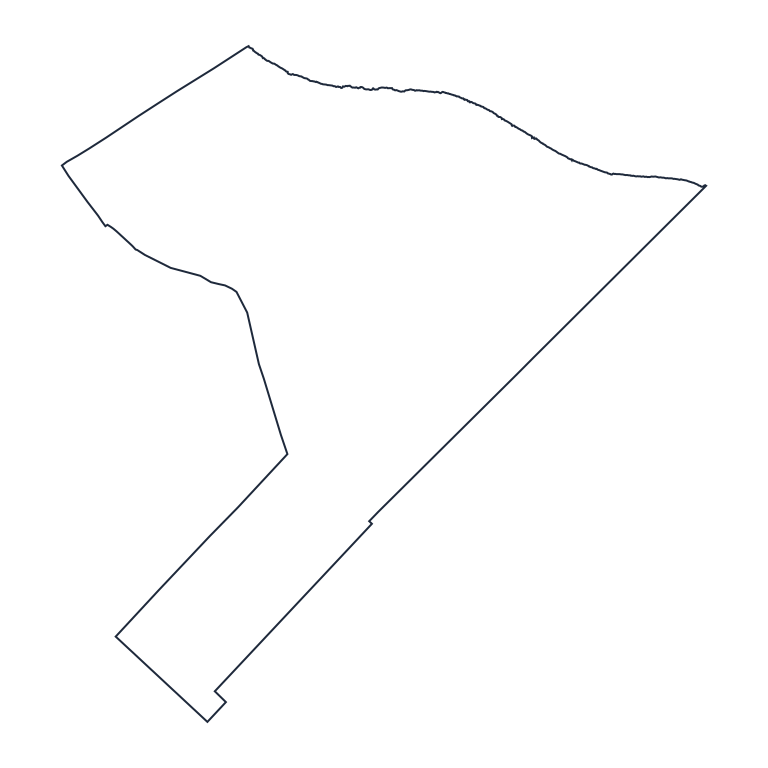 Berazategui, Buenos Aires, Argentina (orthographic projection)
{"feature_id": "61730980B8978802386403", "entity_name": "Berazategui", "entity_type": "district", "adm_level": 2, "iso_a3": "ARG", "parent_name": "Argentina", "parent_adm1": "Buenos Aires", "projection": "orthographic", "projection_center": [-58.113, -34.844], "detail": "fine", "context": "isolated", "style": "outline", "palette": "slate", "viewbox_px": 768, "rotation_deg": 0, "n_neighbors": 0, "source": "geoboundaries", "source_scale": "gbopen_adm2", "svg_char_len": 5898}
<svg xmlns="http://www.w3.org/2000/svg" viewBox="0 0 768 768"><path d="M706.1,185.8L705.2,185.2L704.2,185.6L703.9,186.0L703.1,186.6L701.3,186.7L700.2,185.9L698.5,185.4L697.7,184.6L695.4,183.7L693.7,182.8L693.3,182.8L691.8,182.4L690.9,182.0L690.1,181.9L689.3,181.5L688.5,181.4L687.6,180.9L685.8,180.3L685.1,180.3L681.7,179.6L681.0,179.3L680.5,179.4L680.1,179.7L679.6,179.8L677.7,179.3L674.3,178.8L673.6,178.9L672.0,178.4L670.6,178.3L668.2,178.3L667.4,178.1L665.9,178.3L663.9,177.7L662.4,177.7L660.4,177.3L659.0,177.5L655.5,176.5L653.1,176.7L651.6,176.5L649.6,177.1L648.4,177.0L647.6,177.1L646.3,176.7L644.7,176.9L643.5,176.4L641.2,176.7L640.2,176.3L638.8,176.4L637.7,176.2L636.5,176.4L635.4,176.3L633.3,175.7L632.6,175.9L631.7,175.7L631.0,175.8L630.6,175.5L630.1,175.3L628.7,175.3L627.0,175.0L625.5,175.1L622.4,174.4L621.2,174.4L619.5,174.1L616.3,174.1L615.2,173.9L614.6,174.0L613.4,173.6L612.7,173.9L612.5,174.2L612.0,174.5L611.0,174.5L610.5,174.1L609.2,173.8L608.6,173.5L607.8,173.4L607.2,172.7L606.5,172.5L604.9,172.3L600.0,170.5L599.5,170.2L598.2,169.9L597.5,169.5L596.8,168.9L596.3,168.8L596.0,169.0L594.3,168.3L593.3,168.2L592.6,167.8L592.2,167.4L591.0,167.2L588.9,166.4L588.8,166.0L587.9,165.7L587.0,165.2L585.5,164.8L584.8,164.8L581.6,163.5L580.3,163.5L579.8,163.3L579.3,162.7L578.5,162.7L575.4,161.3L573.9,160.8L572.5,159.7L572.2,159.6L571.9,160.3L571.5,159.6L571.1,159.2L570.3,159.3L569.2,158.7L568.8,158.7L567.9,158.2L567.4,157.4L565.4,156.2L561.5,154.5L560.3,153.8L559.2,153.6L558.7,153.4L555.3,150.9L554.3,150.6L554.1,150.4L552.6,149.7L550.8,148.4L550.0,148.1L548.7,147.3L547.0,146.7L545.4,145.2L544.3,144.5L543.5,144.2L542.9,143.8L542.7,143.4L542.0,143.2L540.9,142.6L539.6,141.5L539.0,140.8L538.6,140.4L537.3,139.7L536.7,138.9L536.3,138.5L535.7,138.4L535.3,138.6L535.0,138.9L534.4,138.9L533.6,138.2L533.8,137.5L532.7,137.5L532.0,137.9L531.9,137.2L532.1,136.8L532.0,136.4L531.2,135.8L530.5,135.4L528.1,134.4L526.7,133.5L524.9,132.0L524.0,131.6L523.7,131.6L523.3,131.3L522.7,130.7L522.0,130.4L521.7,130.4L520.7,129.9L520.2,129.4L518.4,128.6L518.0,128.3L517.5,127.8L516.6,127.4L516.2,127.1L515.8,126.9L515.4,127.0L515.1,126.8L514.4,125.7L512.8,125.5L512.2,125.9L511.8,125.5L511.7,124.6L511.5,124.2L507.4,121.6L506.0,120.9L504.6,120.4L504.3,119.8L504.0,119.5L503.2,119.1L502.6,119.0L501.9,119.1L501.8,118.3L501.6,117.9L500.1,117.0L499.7,117.0L498.9,117.0L498.4,116.9L497.6,115.8L496.9,115.7L496.4,114.6L495.0,113.7L493.7,113.1L492.7,112.0L491.5,111.4L489.9,111.1L489.2,110.3L488.8,110.0L487.5,109.7L485.4,108.3L484.8,108.3L484.3,108.1L484.0,107.9L483.5,107.1L483.1,106.9L481.3,106.5L480.8,106.3L480.5,105.8L479.7,105.7L478.6,105.1L477.4,104.9L477.1,104.7L476.4,104.9L476.1,104.7L475.9,104.1L475.4,103.6L473.2,103.1L471.6,102.0L470.9,101.9L470.3,102.2L470.0,102.4L469.7,102.3L469.5,101.5L469.3,101.3L469.0,101.1L468.1,101.3L467.8,101.2L467.3,100.1L466.9,99.9L465.8,99.8L464.7,99.3L464.4,99.7L463.8,99.3L463.5,98.7L463.3,98.4L462.0,98.4L461.1,97.9L459.5,97.2L459.1,96.7L458.8,96.5L458.1,96.5L457.2,96.3L456.6,96.4L455.9,95.9L455.6,95.9L454.9,95.4L454.0,95.4L453.7,95.1L451.4,94.5L450.1,94.0L449.4,94.0L448.5,93.4L447.3,93.4L446.6,93.0L445.7,93.0L445.0,92.5L444.5,92.5L443.3,92.0L442.5,91.9L442.1,92.1L441.3,92.8L440.3,93.2L437.9,91.9L437.2,92.1L436.7,91.8L435.9,92.2L434.9,92.2L434.5,92.4L433.2,91.9L431.4,91.8L430.7,91.6L429.3,91.7L426.0,91.1L424.1,90.9L423.5,91.1L422.4,90.7L420.2,90.6L419.6,90.3L417.3,90.4L416.9,90.2L416.2,90.3L415.7,90.7L414.9,90.7L414.1,90.1L412.2,89.8L411.0,89.4L410.1,89.4L408.8,89.9L407.4,90.2L405.7,90.3L405.2,90.6L404.2,91.5L402.8,91.3L401.6,91.7L400.9,91.7L398.8,91.1L397.0,90.3L396.4,90.1L395.5,90.3L395.0,90.3L394.5,89.9L392.8,89.4L392.4,88.9L392.0,88.1L387.7,88.2L387.4,87.9L386.7,87.6L385.1,87.9L383.6,87.6L381.7,87.5L379.2,88.1L378.5,88.5L377.8,89.4L377.2,89.5L376.4,89.4L375.5,89.6L374.3,89.4L373.3,88.3L373.0,88.3L372.1,89.6L371.4,89.9L370.2,90.0L368.5,89.3L366.1,89.4L364.5,89.0L364.0,88.7L363.4,87.9L362.2,87.2L361.2,87.0L360.7,87.0L360.3,87.2L360.2,87.6L359.1,87.8L358.4,88.3L357.7,88.1L356.5,87.3L356.0,87.3L355.6,87.6L355.1,87.7L353.4,87.5L352.9,87.5L352.5,87.6L352.0,87.4L350.7,86.4L350.3,86.2L349.8,85.7L348.9,85.9L347.9,85.9L347.5,86.2L345.8,85.9L344.3,86.7L343.0,86.4L342.3,87.7L341.2,88.0L340.2,87.0L339.0,86.9L338.4,86.6L338.2,86.8L337.6,86.5L336.1,87.0L334.8,86.2L333.5,86.2L332.4,85.6L328.4,85.1L327.5,85.1L326.2,84.6L322.9,84.3L322.0,83.9L321.0,83.8L319.0,82.8L318.5,82.7L317.6,82.1L317.2,82.2L316.3,81.7L315.8,82.0L313.8,81.3L313.3,81.4L312.5,81.1L310.7,81.0L309.9,80.8L308.7,79.7L308.1,79.5L307.5,78.9L306.8,78.5L304.3,78.1L302.0,76.9L301.6,76.5L299.1,76.1L297.8,75.4L296.4,75.0L294.1,74.9L293.1,74.2L292.6,74.1L291.1,74.8L290.3,74.4L288.7,74.0L288.1,73.6L287.7,73.0L287.7,72.5L287.8,72.1L287.7,71.8L286.9,71.7L286.1,71.4L285.7,71.1L285.3,70.4L284.5,70.1L283.8,69.5L281.7,68.2L280.4,67.7L279.0,66.7L278.6,66.6L277.5,65.6L277.0,65.4L276.6,65.0L276.1,64.9L274.4,63.7L272.7,63.5L270.6,62.3L268.9,61.1L268.5,60.9L267.3,60.9L265.9,60.0L265.5,59.5L264.8,59.2L264.5,58.6L264.3,58.4L263.3,57.9L262.9,58.1L262.6,57.7L262.2,56.6L261.3,55.9L259.7,54.9L258.7,54.7L258.2,54.4L258.0,53.8L257.6,53.5L256.4,53.0L255.8,52.4L254.8,51.8L253.9,50.9L253.1,50.5L253.1,49.6L252.5,48.7L251.3,48.4L250.6,47.9L249.3,47.5L248.6,46.1L246.4,47.2L213.9,68.3L177.0,91.2L158.0,103.4L138.4,116.1L106.2,137.6L89.2,148.5L77.5,155.7L66.8,161.8L61.9,165.5L68.5,175.9L87.4,201.8L98.1,215.7L102.3,222.0L105.4,226.2L107.5,224.8L111.0,227.0L113.4,228.7L116.6,231.4L131.7,245.3L133.0,246.6L135.6,249.5L137.2,250.0L145.0,255.0L170.7,267.9L200.3,275.8L211.0,282.2L218.9,284.1L225.0,285.4L231.9,288.7L236.5,291.9L247.2,312.6L258.9,364.1L263.9,378.9L280.9,434.9L287.4,454.1L238.0,507.3L209.6,536.3L158.8,590.1L115.7,636.6L207.4,721.9L225.9,702.1L214.8,691.3L371.9,523.8L369.2,521.2L378.4,511.7L517.6,373.6L533.8,357.3L706.1,185.8Z" fill="none" stroke="#1e293b" stroke-width="2"/></svg>